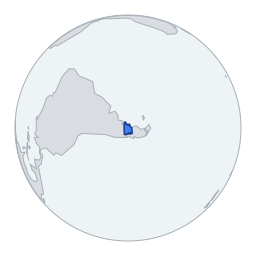 Chubut on an orthographic globe, rotated 269°
{"feature_id": "ARG-1274", "entity_name": "Chubut", "entity_type": "Province", "adm_level": 1, "iso_a3": "ARG", "parent_name": "Argentina", "parent_adm1": "", "projection": "orthographic", "projection_center": [-67.684, -44.0], "detail": "fine", "context": "on_globe", "style": "filled", "palette": "blue", "viewbox_px": 256, "rotation_deg": 269, "n_neighbors": 0, "source": "natural_earth", "source_scale": "10m", "svg_char_len": 4768}
<svg xmlns="http://www.w3.org/2000/svg" viewBox="0 0 256 256"><g transform="rotate(269 128 128)"><circle cx="128" cy="128" r="113" fill="#eef3f6" stroke="#a8b0b8"/><path d="M133.5,15.5L134.2,15.5L135.9,15.6L138.2,15.8L131.3,15.5L130.1,15.4L132.5,15.5L128.8,15.4L123.8,15.6L124.6,15.7L116.1,16.6L116.7,16.9L115.1,17.3L114.8,16.9L115.2,17.9L105.3,20.9L105.6,24.4L101.1,22.4L96.8,23.1L91.7,24.5L91.6,25.0L84.9,26.8L78.5,30.4L75.6,34.6L77.6,36.6L85.1,34.0L87.6,31.5L93.3,29.6L88.7,35.7L98.5,34.0L97.3,38.6L100.1,40.5L105.1,39.0L110.3,39.5L114.1,36.2L120.2,34.3L120.2,38.1L123.7,34.5L127.0,36.2L139.2,36.4L138.2,37.3L148.5,43.1L159.7,47.2L162.2,51.0L160.9,52.9L164.8,54.4L164.8,55.8L180.3,62.9L188.2,70.0L187.9,75.5L181.2,79.6L175.0,93.5L163.0,95.4L159.8,101.9L150.3,111.1L143.0,109.1L145.0,115.2L140.9,118.3L136.2,118.1L135.3,122.4L131.8,122.3L134.1,125.3L128.5,131.1L130.2,136.1L126.2,141.2L127.4,144.4L125.9,144.3L124.3,145.5L124.1,147.3L119.3,144.6L117.7,137.7L119.4,134.1L117.3,133.7L120.7,125.0L118.5,126.9L118.8,114.9L121.8,105.5L123.4,81.8L120.9,77.7L112.2,73.6L101.7,61.0L104.4,55.3L102.2,53.3L109.6,45.5L107.7,40.2L105.1,39.8L102.5,42.2L93.8,40.7L90.9,37.7L65.4,42.3L63.1,42.2L63.6,40.1L57.9,40.0L59.1,42.4L56.3,43.4L54.6,43.4L56.3,41.9L56.1,41.3L55.6,41.7L62.2,36.6L69.2,31.9L76.6,27.8L84.2,24.2L92.1,21.3L100.1,18.9L108.3,17.1L116.7,15.9L125.1,15.4L133.5,15.5ZM104.8,26.1L116.1,27.0L109.5,28.0L110.8,27.4L108.0,26.8L102.7,26.8L96.9,28.5L104.8,26.1ZM110.3,22.9L108.3,23.0L110.3,22.7L110.3,22.9ZM127.5,150.7L119.7,145.7L124.1,147.8L126.9,144.9L131.0,149.0L127.5,150.7ZM135.9,143.7L139.2,142.5L140.1,143.5L137.9,144.6L135.9,143.7ZM231.2,173.1L231.5,171.3L228.1,177.4L227.9,175.7L225.6,178.6L223.5,178.9L221.3,177.2L221.0,169.0L223.6,165.8L227.5,156.3L234.0,137.4L236.9,133.3L238.0,127.9L237.5,111.3L237.8,106.7L237.0,102.6L235.7,99.9L234.5,95.1L233.5,93.0L225.0,82.5L220.7,74.9L211.5,58.8L211.8,56.6L208.9,51.8L209.6,50.3L215.0,56.5L220.0,63.1L224.5,70.0L228.5,77.2L232.0,84.7L234.9,92.4L237.2,100.4L238.9,108.4L240.1,116.6L240.6,124.9L240.5,133.1L239.8,141.3L238.6,149.5L236.7,157.5L234.2,165.4L231.2,173.1ZM213.2,54.3L213.5,54.7L213.2,54.3L213.2,54.3ZM139.6,36.4L141.0,37.3L139.1,37.2L139.6,36.4ZM108.5,29.4L110.9,29.1L112.1,29.5L110.2,29.8L108.5,29.4ZM129.1,28.1L131.9,28.4L128.9,28.6L129.1,28.1ZM117.8,27.2L126.8,28.0L121.0,29.1L115.4,28.7L119.3,28.2L117.8,27.2ZM108.9,24.4L110.4,24.4L109.9,24.9L108.9,24.4ZM111.7,22.7L111.1,22.8L110.4,22.6L111.7,22.7ZM179.1,226.4L176.8,227.4L178.1,226.5L179.1,226.4ZM221.3,191.2L220.7,191.9L222.8,188.5L225.5,184.3L226.3,183.0L221.3,191.2ZM54.5,210.9L53.9,209.4L57.1,211.7L61.3,214.8L64.7,218.0L54.5,210.9ZM80.8,230.3L78.0,228.9L80.2,229.8L82.7,231.0L82.3,230.9L80.8,230.3ZM51.6,208.3L48.7,206.0L47.0,205.4L48.1,205.3L46.4,202.5L53.1,208.5L51.6,208.3Z" fill="#d9dde1" stroke="#a8b0b8" stroke-width="1"/><path d="M121.8,124.6L122.0,124.5L122.1,124.4L122.0,124.2L131.7,124.1L131.8,124.2L131.9,124.3L132.0,124.4L132.1,124.5L132.3,124.6L132.5,124.7L132.5,124.9L132.5,125.0L132.8,125.0L133.2,125.0L133.3,124.9L133.3,124.7L133.2,124.7L132.9,124.7L133.1,124.6L133.3,124.5L133.4,124.4L133.6,124.4L133.8,124.4L133.8,124.5L133.9,124.8L133.9,125.1L133.9,125.4L133.9,125.5L133.8,125.8L133.7,125.8L133.4,125.9L133.2,125.9L133.0,125.7L133.0,125.4L132.9,125.3L132.9,125.2L132.7,125.2L132.4,125.2L132.2,125.4L131.9,125.5L132.0,125.7L132.1,125.8L132.4,126.0L132.5,126.0L132.8,126.0L132.6,126.3L132.2,126.4L131.9,126.6L131.8,126.8L131.7,126.9L131.6,127.0L131.4,127.2L131.3,127.4L131.3,127.5L131.4,127.8L131.4,128.0L131.5,128.0L131.4,128.0L131.5,128.1L131.5,128.3L131.4,128.4L131.4,128.5L131.5,128.7L131.5,128.8L131.4,128.8L131.3,129.0L131.2,129.1L131.3,129.1L131.2,129.1L131.3,129.2L131.2,129.2L131.0,129.3L130.9,129.3L130.8,129.5L130.7,129.6L130.8,129.8L131.0,129.8L130.9,129.9L130.9,130.0L130.7,130.0L130.4,130.1L130.2,130.0L129.9,130.1L129.7,130.1L129.7,130.3L129.4,130.4L129.1,130.4L129.0,130.5L128.9,130.6L128.7,130.9L128.6,131.0L128.5,131.3L128.4,131.4L128.4,131.5L128.2,131.7L128.2,131.8L122.6,132.1L122.6,131.9L122.4,131.8L122.4,131.7L122.4,131.4L122.4,131.2L122.5,131.2L122.8,131.1L122.7,130.9L122.9,130.8L123.0,130.7L122.9,130.5L122.9,130.4L122.7,130.3L122.7,130.2L122.4,130.1L122.2,130.0L122.0,129.9L121.9,129.9L121.9,129.7L122.0,129.7L122.3,129.6L122.5,129.7L122.8,129.7L123.0,129.7L123.0,129.4L123.2,129.2L123.1,128.9L122.9,128.9L122.7,128.9L122.4,128.9L122.2,128.9L122.2,128.7L122.1,128.4L122.4,128.1L122.3,127.8L122.2,127.8L122.2,127.7L122.3,127.5L122.3,127.4L122.2,127.3L122.0,127.2L121.9,127.1L122.0,126.9L122.2,126.7L122.0,126.4L121.8,126.4L121.7,126.4L121.6,126.2L121.6,125.9L121.6,125.7L121.5,125.4L121.6,125.2L121.6,124.9L121.6,124.7L121.8,124.6L121.8,124.6Z" fill="#3b82f6" stroke="#1e3a8a" stroke-width="1.5"/></g></svg>